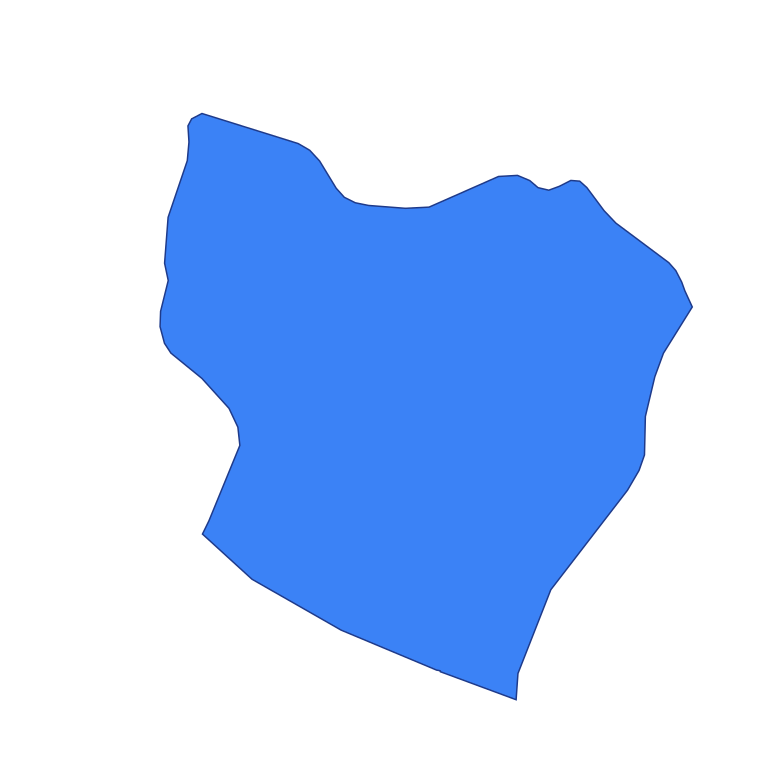 the border of Madaba, rotated 289°
{"feature_id": "JOR-858", "entity_name": "Madaba", "entity_type": "Province", "adm_level": 1, "iso_a3": "JOR", "parent_name": "Jordan", "parent_adm1": "", "projection": "orthographic", "projection_center": [35.711, 31.597], "detail": "fine", "context": "isolated", "style": "filled", "palette": "blue", "viewbox_px": 768, "rotation_deg": 289, "n_neighbors": 0, "source": "natural_earth", "source_scale": "10m", "svg_char_len": 903}
<svg xmlns="http://www.w3.org/2000/svg" viewBox="0 0 768 768"><g transform="rotate(289 384 384)"><path d="M128.5,611.7L130.3,530.8L129.9,530.4L130.6,530.9L131.1,530.5L131.0,529.2L130.6,527.0L137.3,423.7L156.4,322.8L183.0,261.2L197.6,263.0L279.0,267.7L295.6,259.9L310.5,245.4L330.0,210.0L343.8,172.5L351.0,163.2L365.3,153.6L380.0,149.1L411.6,146.3L426.8,137.2L471.3,125.6L531.1,125.3L549.3,120.8L564.2,114.6L572.1,115.8L580.5,123.8L583.4,224.6L580.8,237.7L573.9,250.5L553.5,275.1L547.6,285.7L546.0,297.8L547.8,311.3L557.1,347.1L565.9,369.0L617.5,424.7L624.7,442.3L623.8,455.6L619.8,465.7L620.9,476.7L627.9,485.3L637.3,494.4L639.5,503.0L635.8,511.8L619.5,535.7L611.6,550.9L591.4,613.9L586.2,623.0L577.2,632.4L570.1,638.1L557.2,650.4L504.1,638.2L479.0,637.7L438.4,641.7L401.7,653.4L385.3,653.3L362.8,648.8L243.8,608.7L153.9,604.9L128.5,611.7Z" fill="#3b82f6" stroke="#1e3a8a" stroke-width="1.5"/></g></svg>